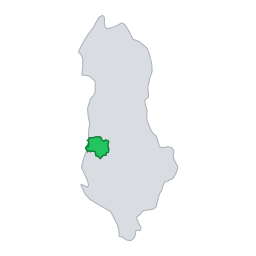 location of Lushnjë, Fier, Albania
{"feature_id": "67620474B73435711419495", "entity_name": "Lushnjë", "entity_type": "district", "adm_level": 2, "iso_a3": "ALB", "parent_name": "Albania", "parent_adm1": "Fier", "projection": "mercator", "projection_center": [19.57, 40.906], "detail": "fine", "context": "in_parent", "style": "filled", "palette": "green", "viewbox_px": 256, "rotation_deg": 0, "n_neighbors": 0, "source": "geoboundaries", "source_scale": "gbopen_adm2", "svg_char_len": 2130}
<svg xmlns="http://www.w3.org/2000/svg" viewBox="0 0 256 256"><path d="M81.9,75.0L82.1,71.2L83.0,65.2L82.5,63.2L83.0,59.7L81.3,55.1L78.4,51.8L81.2,46.0L85.2,38.9L88.9,33.2L93.4,27.4L96.4,21.7L99.6,16.9L102.4,15.4L103.8,16.4L104.5,18.5L104.3,24.8L105.3,27.0L107.2,28.6L111.2,27.8L115.7,26.2L121.8,22.9L122.8,23.1L125.0,24.8L129.7,32.4L132.8,39.1L138.9,41.4L142.3,44.0L146.7,47.9L148.8,51.9L151.8,64.0L152.1,71.3L151.2,74.6L150.5,75.5L147.8,87.3L148.4,93.3L148.4,97.3L146.1,98.9L144.6,101.3L147.1,111.2L146.8,115.3L146.9,120.1L151.3,131.0L154.0,134.4L156.3,136.0L159.3,146.0L161.1,147.7L168.5,146.8L172.0,147.9L173.5,150.2L173.8,151.9L173.3,157.4L175.1,161.7L177.6,166.2L177.6,168.9L175.9,173.3L173.0,178.4L169.1,180.4L164.8,182.0L162.8,186.0L161.7,190.3L159.8,193.4L158.6,196.8L156.8,203.9L156.4,206.4L153.5,209.0L149.0,210.0L145.0,210.2L142.3,211.4L140.9,213.8L138.3,215.8L136.8,216.6L136.8,218.7L138.7,223.2L140.8,226.8L140.8,229.7L139.8,230.5L136.5,230.1L135.8,231.2L135.5,234.4L134.6,237.1L133.2,238.8L130.9,240.6L126.6,240.0L122.6,237.3L120.5,236.4L119.2,236.5L118.9,229.8L117.2,224.5L110.8,211.9L90.0,199.5L85.1,194.0L82.9,189.3L80.8,184.9L82.8,184.8L84.9,185.9L87.5,187.2L88.5,185.0L87.4,180.2L82.1,168.9L81.7,165.8L84.3,156.3L88.7,145.6L88.4,132.6L89.7,122.8L88.2,116.5L87.5,108.6L90.7,98.2L93.5,95.6L95.1,92.3L95.2,81.2L89.1,75.9L81.9,75.0Z" fill="#d9dde1" stroke="#a8b0b8" stroke-width="1"/><path d="M87.4,140.3L88.4,141.3L88.7,142.0L87.8,145.3L89.2,143.6L88.3,145.6L88.2,145.5L88.2,145.8L88.3,145.9L88.5,145.8L88.6,145.7L88.0,146.8L87.5,146.7L86.8,146.9L87.7,145.4L86.8,146.2L86.3,146.7L86.0,147.1L85.5,148.3L87.5,151.3L87.7,150.4L88.5,151.0L89.1,150.7L90.3,151.7L91.6,151.2L92.6,151.2L94.8,151.4L95.6,153.4L95.7,155.2L96.3,156.1L97.7,155.9L100.3,158.6L102.4,156.4L102.9,155.4L106.0,155.2L106.1,153.7L106.5,152.8L108.2,152.4L108.4,151.9L108.6,151.1L108.8,148.3L108.3,147.9L108.0,146.4L108.0,144.2L108.6,142.2L108.4,141.1L106.1,140.0L105.3,140.0L104.9,140.6L103.5,141.2L101.9,139.8L101.1,137.8L100.1,136.8L95.6,136.9L93.5,137.7L89.3,137.8L88.7,139.7L87.4,140.3Z" fill="#22c55e" stroke="#15803d" stroke-width="1.5"/></svg>